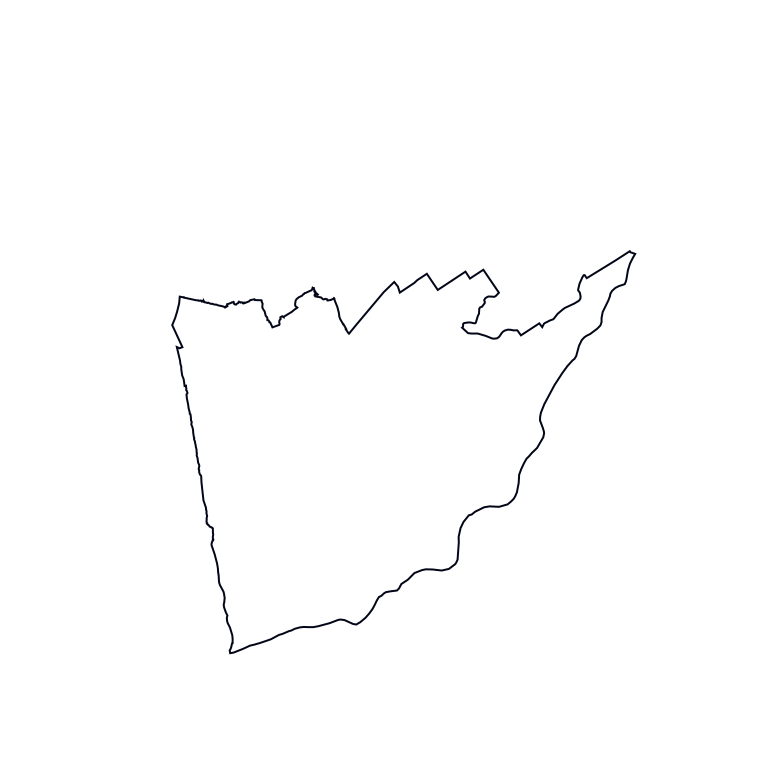 Chilia Veche, Tulcea, Romania (orthographic projection), rotated 145°
{"feature_id": "2599482B80107989575451", "entity_name": "Chilia Veche", "entity_type": "district", "adm_level": 2, "iso_a3": "ROU", "parent_name": "Romania", "parent_adm1": "Tulcea", "projection": "orthographic", "projection_center": [29.347, 45.324], "detail": "fine", "context": "isolated", "style": "outline", "palette": "ink", "viewbox_px": 768, "rotation_deg": 145, "n_neighbors": 0, "source": "geoboundaries", "source_scale": "gbopen_adm2", "svg_char_len": 6154}
<svg xmlns="http://www.w3.org/2000/svg" viewBox="0 0 768 768"><g transform="rotate(145 384 384)"><path d="M386.5,502.9L387.0,503.3L387.3,503.1L387.4,503.7L389.0,502.5L389.9,502.3L390.4,502.6L395.3,503.4L396.6,503.9L397.4,503.9L397.9,503.6L398.8,503.8L400.3,503.3L403.9,503.9L405.9,503.8L407.2,503.6L408.5,503.0L410.7,500.8L411.7,499.3L411.8,499.0L411.7,497.8L411.1,496.3L411.4,496.2L414.2,496.3L418.4,496.0L427.5,496.6L427.7,496.3L427.8,496.2L427.9,496.6L428.2,496.9L428.3,497.7L428.5,497.9L430.6,498.1L431.0,497.7L431.1,497.1L431.5,496.4L432.6,496.3L433.6,495.7L434.5,494.5L435.2,492.9L436.0,492.5L442.9,494.4L441.9,499.6L442.5,500.3L442.1,501.1L442.1,502.2L442.2,502.6L442.9,503.2L442.1,504.3L441.5,505.7L441.7,506.8L441.7,507.9L440.1,512.0L440.2,513.2L439.8,516.5L437.3,519.6L437.0,521.5L436.3,522.6L436.5,523.0L441.6,526.8L441.5,527.7L442.9,528.3L445.5,529.4L447.1,529.1L451.4,530.1L451.7,530.8L452.1,531.0L452.3,530.8L451.9,530.6L452.4,530.4L453.1,530.7L453.2,530.9L453.0,531.3L453.4,531.7L453.5,532.4L454.8,533.0L454.9,533.6L455.3,533.9L454.9,534.1L455.7,534.1L455.7,534.6L456.5,534.4L457.1,533.9L458.9,534.2L459.7,533.9L460.8,535.2L460.8,536.0L460.7,536.4L460.1,537.1L460.2,537.6L461.2,537.7L461.8,538.2L462.5,538.1L464.9,538.7L466.7,539.3L466.9,538.9L467.4,538.7L467.3,538.3L467.6,538.1L467.9,537.7L468.8,537.8L469.2,538.2L469.6,538.3L469.0,537.7L470.2,537.8L470.1,538.2L470.4,538.3L471.2,539.7L475.3,544.2L475.6,545.0L477.4,546.4L478.7,548.3L479.2,548.4L479.6,548.8L480.7,550.2L481.4,551.5L482.1,551.6L484.2,554.3L484.1,555.1L484.5,554.6L484.8,555.2L484.6,556.0L485.5,555.8L485.9,556.0L485.6,556.6L486.2,557.5L487.0,557.6L487.6,558.2L487.8,558.7L488.2,558.7L488.6,559.4L489.6,560.1L498.4,569.6L498.3,570.0L498.7,570.1L501.2,572.7L505.5,567.6L511.9,562.0L517.3,557.8L523.7,553.7L528.0,529.8L530.9,530.5L532.5,533.1L537.6,520.3L539.4,516.9L540.1,514.6L541.7,512.2L544.4,506.8L545.4,502.7L548.5,496.7L547.2,496.2L548.2,494.5L548.4,493.8L549.5,492.5L549.5,491.6L550.0,489.6L550.5,489.1L551.8,488.7L553.7,485.3L556.1,479.8L558.0,476.1L559.4,472.2L560.1,471.3L560.2,470.8L559.9,470.2L560.0,470.0L561.1,467.8L563.0,464.8L563.3,463.1L565.0,461.5L565.7,458.6L566.6,456.2L568.2,453.6L569.6,450.8L570.2,449.6L570.3,448.7L571.0,448.2L571.3,447.6L571.9,445.3L572.4,444.4L573.4,441.9L574.1,440.6L575.2,437.8L576.8,435.3L576.9,434.6L577.7,433.8L578.5,432.7L579.3,430.1L581.3,426.4L581.9,423.6L582.3,422.8L584.6,420.6L584.8,420.1L584.8,419.4L585.9,418.0L586.6,415.8L586.7,415.1L586.4,414.0L586.6,413.4L590.0,408.0L598.6,392.3L600.9,384.5L601.1,384.3L601.9,383.0L602.2,381.8L603.6,379.9L604.6,377.3L606.2,375.9L607.0,374.7L607.1,374.4L607.5,374.1L608.2,373.3L608.4,372.6L609.0,371.8L609.1,371.4L608.7,371.1L609.1,370.3L609.1,369.9L608.7,369.2L608.5,367.7L608.6,367.1L607.7,365.9L607.6,365.2L607.2,364.9L607.0,363.9L609.7,359.9L610.2,358.7L612.3,356.5L612.7,355.3L614.1,354.3L614.3,353.9L614.1,353.8L615.7,353.1L617.1,351.8L617.7,350.9L620.3,341.9L623.7,332.7L625.8,328.3L628.0,324.7L628.2,324.0L628.7,323.4L629.0,322.4L632.4,317.0L633.2,315.2L633.8,312.9L634.5,306.7L634.7,305.6L635.4,303.9L637.3,300.0L639.2,297.9L639.7,297.1L641.3,295.8L642.1,294.8L643.1,292.8L644.5,287.8L645.1,284.1L646.7,282.8L647.6,281.4L648.8,279.1L649.2,277.5L649.9,272.8L652.4,265.2L654.2,262.0L656.7,258.5L657.2,258.7L660.2,256.0L661.6,255.0L663.2,254.3L664.4,251.7L661.1,250.2L651.4,247.9L643.7,246.5L640.1,245.0L633.9,242.9L623.2,239.8L614.0,238.7L610.4,237.5L603.3,236.0L601.3,235.2L597.6,234.7L592.8,233.0L589.2,231.1L584.7,227.7L581.2,225.3L576.8,223.3L565.8,219.3L556.7,217.0L554.7,216.0L551.7,213.2L547.0,205.2L544.7,202.9L540.1,202.5L533.3,203.1L527.6,204.5L522.2,206.4L517.5,208.8L514.2,210.7L510.4,212.4L507.6,212.0L504.3,212.5L501.9,212.4L497.5,210.4L491.9,207.4L489.0,207.9L484.5,210.2L476.7,210.0L467.5,211.7L459.5,209.7L456.0,208.2L450.6,204.2L443.7,198.1L436.9,195.3L428.9,195.6L427.2,196.3L424.4,198.0L413.6,211.3L410.6,215.9L404.0,222.0L398.0,225.4L389.8,227.8L387.1,226.8L382.5,227.1L372.7,225.6L367.7,223.2L360.2,217.4L351.8,214.5L346.9,214.9L343.4,215.6L340.5,217.0L337.2,219.1L330.5,225.6L325.3,232.2L320.2,235.7L314.8,238.8L310.2,241.0L306.3,241.7L302.5,242.7L295.3,243.8L284.1,249.0L281.2,251.7L280.3,253.3L279.1,256.9L277.1,264.7L274.8,267.7L271.9,270.5L264.3,275.5L244.8,285.4L231.6,290.7L223.4,293.5L216.0,295.2L213.7,295.3L210.6,296.6L202.4,303.4L196.9,306.5L193.3,307.3L190.3,307.3L186.5,306.7L177.6,307.0L173.2,307.8L170.4,309.8L167.9,313.3L163.6,317.5L152.4,323.7L149.0,326.0L146.6,328.2L143.6,329.5L139.3,330.0L135.6,329.5L129.6,327.7L127.1,329.2L125.3,330.8L118.9,337.3L113.5,341.5L107.6,344.7L103.6,346.5L106.6,350.6L106.5,351.8L123.1,352.4L157.2,354.4L157.2,358.1L158.1,358.6L160.7,357.4L166.3,354.0L170.9,349.9L171.2,349.5L171.2,346.4L172.7,343.0L174.3,341.2L175.9,340.6L177.0,340.4L182.2,340.8L192.4,342.6L194.9,342.5L201.6,341.9L208.1,339.9L211.3,340.8L217.6,341.7L218.4,341.6L221.8,339.8L222.0,344.6L243.9,345.3L244.0,351.5L247.1,353.6L249.4,356.0L251.6,357.6L254.4,358.5L256.7,358.6L258.7,358.1L262.2,356.7L264.9,356.5L267.4,357.7L269.2,359.1L273.1,365.1L278.3,371.6L283.6,375.3L286.0,377.5L287.7,385.3L287.2,385.3L286.4,385.6L284.7,387.8L284.0,388.0L283.3,387.9L279.7,386.1L277.9,384.8L275.3,382.0L274.5,381.5L273.7,381.5L268.1,385.9L265.9,387.1L262.7,391.1L261.4,391.6L259.3,391.1L255.1,392.5L254.3,393.4L254.1,394.5L253.8,395.2L252.0,396.1L250.0,396.1L248.3,395.8L246.9,394.8L243.6,392.1L241.7,392.0L237.5,392.9L237.1,420.6L253.1,421.1L252.8,429.3L286.0,430.2L285.7,449.7L297.3,450.0L301.1,449.4L318.6,449.8L316.7,455.9L317.1,461.7L331.5,459.4L372.0,448.6L383.8,445.3L384.0,446.7L383.9,450.8L383.4,450.8L382.9,456.1L383.2,456.1L382.6,462.5L382.0,464.7L380.1,468.3L378.0,474.0L376.3,481.4L375.8,482.0L375.6,482.6L375.7,483.1L376.5,482.9L379.4,483.4L381.8,484.5L382.4,484.9L382.0,485.9L383.3,487.5L384.8,487.8L385.3,488.3L386.0,491.1L390.0,495.1L390.1,496.3L389.9,496.7L388.9,496.6L388.5,496.4L388.1,496.9L387.4,496.1L387.2,495.2L386.9,495.2L387.2,496.9L388.3,497.9L388.3,498.2L387.8,498.6L387.4,498.5L387.3,498.8L387.9,499.7L387.3,500.0L387.4,500.6L386.8,501.7L386.8,502.5L386.5,502.9Z" fill="none" stroke="#020617" stroke-width="2"/></g></svg>